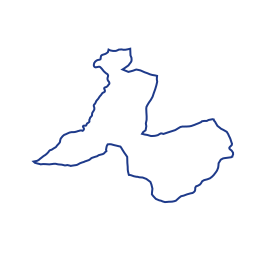 the district of Chongshing, Pemagatsel, Bhutan, rotated 79°
{"feature_id": "84629894B45511376632903", "entity_name": "Chongshing", "entity_type": "district", "adm_level": 2, "iso_a3": "BTN", "parent_name": "Bhutan", "parent_adm1": "Pemagatsel", "projection": "equal_earth", "projection_center": [91.349, 26.998], "detail": "fine", "context": "isolated", "style": "outline", "palette": "blue", "viewbox_px": 256, "rotation_deg": 79, "n_neighbors": 0, "source": "geoboundaries", "source_scale": "gbopen_adm2", "svg_char_len": 5096}
<svg xmlns="http://www.w3.org/2000/svg" viewBox="0 0 256 256"><g transform="rotate(79 128 128)"><path d="M47.3,132.1L48.4,132.6L49.1,133.0L49.8,133.3L50.1,134.0L50.5,134.8L50.8,135.6L51.0,136.4L51.1,137.3L51.2,138.2L51.3,139.0L51.5,139.8L51.9,140.5L52.6,140.9L53.3,141.2L54.0,141.5L54.7,141.6L55.3,142.0L55.5,142.8L55.5,143.7L55.5,144.6L55.6,145.4L55.9,146.2L56.3,147.0L56.7,147.7L57.3,148.2L57.8,148.8L58.5,149.1L59.2,149.4L59.9,149.6L60.6,149.6L61.3,149.4L61.9,148.9L62.3,148.2L62.3,147.3L62.3,146.4L62.3,145.5L62.3,144.7L62.7,143.9L63.3,143.4L63.9,143.0L64.5,142.6L65.2,142.2L65.9,141.9L66.5,141.5L67.2,141.2L67.9,140.8L68.5,140.3L69.1,139.9L69.7,139.4L70.3,138.9L70.8,138.3L71.4,137.8L72.6,137.5L73.6,137.8L75.1,138.6L75.8,138.7L76.5,138.8L77.2,138.7L77.9,138.5L78.6,138.1L79.3,137.8L80.0,137.7L80.8,137.8L81.4,138.2L81.8,138.9L82.4,139.5L82.9,140.0L83.3,140.7L83.6,141.5L83.7,142.4L83.9,143.3L84.4,143.8L85.1,143.8L85.8,143.7L86.5,143.5L87.3,143.6L87.9,143.9L88.3,144.7L88.5,145.5L88.8,146.4L89.4,147.1L90.4,148.1L91.6,149.7L92.3,150.4L92.8,150.9L93.4,151.4L93.9,152.0L94.4,152.7L94.9,153.3L95.4,153.9L96.0,154.4L96.7,154.8L97.3,155.3L97.9,155.8L98.3,156.5L98.8,157.0L99.3,157.3L100.0,157.4L100.8,157.3L101.5,157.2L102.2,157.3L102.9,157.4L103.6,157.7L104.2,158.2L104.8,158.7L106.1,160.0L106.8,160.4L107.5,160.6L108.2,160.8L108.9,161.0L109.4,161.5L110.0,162.3L110.4,162.9L111.0,163.4L111.7,163.7L112.3,164.2L112.9,164.5L113.7,164.5L114.4,164.7L114.9,165.3L115.2,165.9L115.5,166.6L115.8,167.4L116.4,167.8L117.0,168.2L117.6,168.8L117.6,169.7L117.3,170.5L117.3,171.3L117.8,171.9L118.5,171.9L119.2,171.6L119.9,171.4L120.6,171.4L121.2,171.8L121.8,172.4L122.1,173.1L121.5,174.2L121.3,175.3L121.4,176.2L121.5,177.1L121.5,177.8L121.7,179.0L121.8,181.0L121.6,182.7L121.3,184.3L121.3,185.4L121.3,186.2L121.8,188.4L122.1,189.6L122.4,190.8L122.5,191.7L122.8,192.4L123.7,193.9L125.6,196.1L127.4,197.0L128.7,197.4L129.5,198.1L130.3,199.1L131.6,200.9L132.7,202.1L133.1,202.7L133.6,204.2L134.1,205.5L134.8,207.2L134.9,208.7L135.5,209.8L136.5,210.8L137.0,211.5L137.7,212.5L138.7,214.3L139.4,216.2L140.8,218.9L141.6,220.5L142.3,221.6L142.9,223.5L142.9,227.1L144.4,226.0L145.6,223.6L146.1,222.5L146.6,221.4L147.0,220.7L147.2,218.2L147.4,217.3L147.9,215.2L148.7,212.2L148.9,209.5L149.0,207.7L149.3,205.9L149.9,204.6L150.4,203.4L151.4,199.9L152.7,197.1L152.8,196.0L152.8,194.6L153.5,193.0L153.9,192.1L154.3,191.5L154.3,190.1L154.4,187.8L154.5,186.0L154.4,184.8L153.9,183.2L153.5,182.1L153.1,179.8L152.9,177.8L152.6,176.7L152.3,174.4L152.0,172.4L151.5,171.2L150.6,169.7L150.4,168.8L150.1,166.5L150.0,165.7L149.8,163.6L149.1,162.0L149.0,160.8L148.8,157.7L148.3,156.3L147.3,155.0L146.6,153.6L146.0,153.6L145.1,153.7L142.8,152.8L141.9,152.4L141.3,152.0L140.2,151.1L140.4,149.1L140.8,147.6L142.1,145.0L143.4,142.1L144.1,140.6L144.8,139.0L146.1,138.4L148.6,137.5L151.4,136.4L154.3,135.1L156.2,134.3L158.6,134.7L162.2,135.3L166.0,135.7L168.9,136.2L170.8,136.3L172.7,136.2L174.2,136.1L174.8,134.3L176.5,131.4L177.5,129.0L177.6,128.3L178.6,126.1L179.4,123.1L181.5,119.7L185.2,116.3L188.0,115.8L192.2,115.6L193.5,116.0L195.4,116.6L197.7,117.2L199.7,116.2L202.9,114.2L205.0,111.1L205.6,109.6L206.8,107.8L207.8,105.8L208.1,103.0L208.2,101.8L208.7,99.0L208.7,96.6L208.5,94.9L206.1,90.9L205.1,88.9L205.0,86.2L204.4,82.7L204.1,79.1L204.1,77.0L203.5,75.6L202.7,74.5L201.6,73.9L199.3,73.3L198.2,72.2L198.0,70.5L197.2,68.1L196.2,66.9L194.4,65.3L193.7,63.2L193.5,59.9L193.0,57.1L191.8,54.7L190.5,52.8L188.2,50.2L186.7,48.7L184.2,47.1L182.2,46.4L179.9,45.8L179.0,45.0L176.8,43.0L176.0,40.5L176.0,39.1L176.3,34.1L176.4,32.3L176.0,31.0L175.4,30.9L174.1,29.9L173.4,29.8L172.3,29.6L169.9,30.6L168.6,31.8L167.6,32.4L166.7,32.3L166.0,31.6L165.1,30.2L164.4,29.3L163.0,28.9L162.4,29.1L160.7,29.3L159.0,29.5L158.2,29.6L156.8,29.9L155.1,30.4L153.2,30.8L150.6,31.8L148.1,34.7L146.4,36.9L145.5,37.6L143.0,39.8L139.6,41.0L138.3,41.4L137.3,42.1L136.6,42.2L136.0,42.2L135.5,43.4L135.5,44.5L135.5,46.3L135.5,47.4L136.1,49.3L135.6,52.0L135.5,54.1L136.2,55.3L136.5,56.5L136.8,57.9L137.1,59.5L137.4,61.2L137.6,61.9L137.7,62.8L138.1,65.4L138.1,67.4L137.9,68.9L137.8,69.7L137.3,72.7L137.0,74.1L137.0,76.3L137.8,78.6L138.4,80.2L138.9,81.6L139.1,82.3L139.9,89.2L140.6,94.4L139.8,95.9L139.6,96.7L139.9,98.0L140.7,100.1L140.8,102.0L140.8,103.2L140.6,104.9L140.4,106.1L140.3,106.9L138.5,110.4L137.6,112.8L136.4,115.3L134.9,113.9L133.6,111.2L132.4,110.7L129.8,109.7L126.9,109.6L123.6,108.2L120.2,107.5L116.4,107.0L112.5,106.4L111.6,106.1L110.9,105.9L109.1,104.5L107.0,102.6L104.8,100.3L102.0,97.9L98.8,96.1L95.3,94.0L91.7,92.1L88.1,90.5L85.7,90.4L84.9,90.2L84.2,90.1L83.5,89.8L82.4,89.5L81.5,91.5L80.6,94.0L79.5,96.2L78.0,98.4L76.5,101.0L73.9,104.7L73.0,106.7L72.2,108.7L72.3,109.8L72.5,110.9L72.7,112.2L72.8,113.4L72.9,114.9L73.0,116.9L70.7,120.4L69.5,122.2L69.2,121.4L68.4,119.5L67.0,116.4L66.7,115.7L65.7,114.6L64.8,113.6L64.0,112.7L63.2,112.0L61.9,111.5L59.8,111.2L57.2,111.7L50.6,110.7L50.7,112.7L50.7,115.4L50.4,117.3L49.6,119.5L49.3,122.1L49.7,123.4L50.0,125.2L49.5,128.0L48.5,130.5L47.3,132.1Z" fill="none" stroke="#1e3a8a" stroke-width="2"/></g></svg>